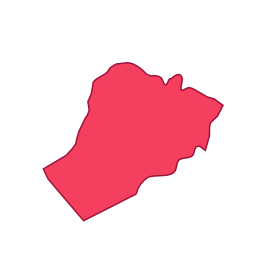 the District of Zomba, rotated 152°
{"feature_id": "MWI-1920", "entity_name": "Zomba", "entity_type": "District", "adm_level": 1, "iso_a3": "MWI", "parent_name": "Malawi", "parent_adm1": "", "projection": "robinson", "projection_center": [35.338, -15.445], "detail": "fine", "context": "isolated", "style": "filled", "palette": "rose", "viewbox_px": 256, "rotation_deg": 152, "n_neighbors": 0, "source": "natural_earth", "source_scale": "10m", "svg_char_len": 1266}
<svg xmlns="http://www.w3.org/2000/svg" viewBox="0 0 256 256"><g transform="rotate(152 128 128)"><path d="M210.7,67.0L216.1,91.4L222.5,120.7L221.9,131.4L221.9,131.6L195.8,132.8L187.2,135.7L181.6,138.5L178.3,142.5L173.0,148.0L161.0,156.8L158.2,158.2L155.8,160.1L153.9,162.0L151.0,170.1L145.4,174.5L143.7,176.2L137.0,184.9L135.2,185.6L132.4,186.1L122.8,186.5L119.9,187.1L116.8,188.8L114.9,189.6L108.6,190.1L98.3,186.1L95.8,184.4L93.0,181.6L89.8,176.4L88.2,172.8L86.4,167.1L84.8,164.7L82.7,162.9L79.1,161.2L76.8,159.4L75.2,156.7L75.0,154.1L75.4,150.4L75.0,148.8L73.7,148.3L71.1,149.9L69.7,151.1L68.1,151.9L66.6,151.3L63.4,152.0L60.5,152.1L59.2,151.9L57.8,151.2L56.8,149.9L56.5,147.9L56.9,146.3L57.7,144.7L62.5,138.5L63.0,137.0L62.7,136.0L61.2,135.6L57.2,135.5L55.3,135.1L53.1,133.3L51.1,130.5L43.4,118.1L38.2,113.2L33.5,103.4L43.4,96.5L52.6,93.9L55.4,90.8L59.9,82.7L70.3,71.9L72.2,76.2L73.1,77.9L74.8,79.2L77.0,79.2L79.8,77.1L81.7,74.9L83.5,73.5L85.8,73.1L89.6,73.9L93.4,75.3L96.2,75.9L98.3,75.8L100.6,74.3L105.0,69.3L106.4,68.1L109.0,67.2L111.6,67.1L116.1,68.1L127.8,73.5L132.0,74.9L134.5,75.0L137.5,74.5L142.4,72.8L145.3,71.4L147.7,69.8L149.9,67.6L150.4,67.1L151.3,66.3L151.9,65.9L210.7,67.0L210.7,67.0Z" fill="#f43f5e" stroke="#9f1239" stroke-width="1.5"/></g></svg>